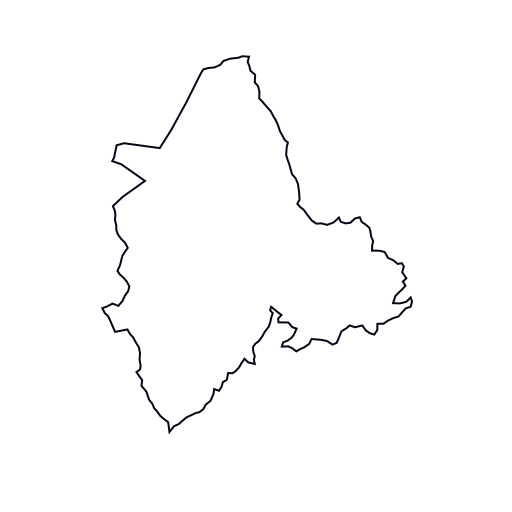 Pouso Redondo, Santa Catarina, Brazil (Mercator projection), rotated 284°
{"feature_id": "56859067B55889942630825", "entity_name": "Pouso Redondo", "entity_type": "district", "adm_level": 2, "iso_a3": "BRA", "parent_name": "Brazil", "parent_adm1": "Santa Catarina", "projection": "mercator", "projection_center": [-49.991, -27.303], "detail": "fine", "context": "isolated", "style": "outline", "palette": "ink", "viewbox_px": 512, "rotation_deg": 284, "n_neighbors": 0, "source": "geoboundaries", "source_scale": "gbopen_adm2", "svg_char_len": 2856}
<svg xmlns="http://www.w3.org/2000/svg" viewBox="0 0 512 512"><g transform="rotate(284 256 256)"><path d="M373.8,259.5L375.5,255.8L378.4,253.2L383.1,248.9L388.4,245.6L392.8,242.1L395.5,239.3L400.1,235.2L404.7,228.4L407.7,224.3L409.7,221.0L416.4,219.5L421.2,217.0L424.2,212.8L431.7,211.3L434.5,205.7L438.6,203.7L442.2,201.0L447.7,201.0L446.5,194.4L444.1,190.9L441.2,183.2L437.4,177.2L433.0,175.2L429.0,170.2L427.0,164.6L424.5,159.9L420.3,158.4L386.8,150.9L382.1,149.6L358.3,143.4L337.4,136.5L333.5,100.8L329.8,94.0L317.2,94.5L313.3,93.6L312.4,103.1L302.0,130.1L281.1,112.3L269.8,105.1L265.6,108.2L261.5,109.7L257.0,110.3L252.0,113.0L247.7,114.1L243.8,116.5L240.3,120.6L236.9,126.1L232.8,129.6L228.1,127.7L223.7,126.3L214.5,126.3L208.0,125.2L205.2,128.3L202.9,132.7L200.0,136.7L196.0,140.4L191.1,140.5L185.4,138.3L180.2,137.4L174.3,134.5L175.1,128.3L170.8,123.4L168.2,119.5L163.9,123.2L162.1,126.8L158.8,129.6L153.9,133.3L148.3,137.6L153.6,149.0L149.6,152.8L147.4,156.4L143.7,159.7L139.1,164.4L133.6,167.0L127.3,168.1L121.6,170.6L117.8,171.0L114.5,168.1L111.3,171.6L108.0,175.6L102.3,176.3L97.8,182.5L90.7,187.0L87.7,191.0L83.6,194.1L81.3,197.6L77.7,201.8L75.5,206.2L73.6,210.9L70.0,212.4L64.3,214.6L71.1,217.7L74.2,221.7L78.3,224.5L82.6,227.6L86.0,231.8L89.1,235.6L90.9,239.0L94.8,242.0L99.4,243.1L104.5,246.9L111.5,248.1L116.8,247.6L116.3,252.7L120.6,254.2L125.6,254.4L128.7,257.6L135.8,257.3L136.4,261.3L139.1,263.9L143.6,266.4L148.7,267.9L153.5,269.7L150.9,274.1L150.9,280.9L154.9,279.0L158.5,279.0L162.7,276.4L166.8,275.1L170.8,276.6L174.3,279.5L179.5,281.5L185.0,283.0L190.3,285.4L194.6,285.9L199.3,285.7L204.6,286.1L206.8,282.8L210.4,283.0L207.2,289.7L204.9,295.0L200.7,292.6L197.0,293.9L198.3,299.2L199.3,303.5L195.7,308.5L195.4,313.0L188.7,311.8L185.3,310.3L181.6,307.2L178.7,303.2L174.3,303.0L176.1,309.0L175.3,313.4L173.2,318.2L175.9,320.9L178.9,324.7L183.6,328.9L188.9,330.0L190.4,339.3L190.7,345.5L188.5,351.7L191.3,355.3L197.2,356.3L203.5,357.1L208.0,361.4L211.3,363.7L210.8,369.3L214.3,375.9L210.3,380.7L208.6,385.2L208.4,389.8L213.5,391.6L219.6,390.2L221.1,396.0L224.9,399.4L228.4,403.5L232.0,409.1L236.5,411.3L241.4,414.0L244.3,418.4L249.5,418.4L253.2,416.1L247.9,412.9L244.8,407.1L243.4,400.4L250.7,400.9L255.2,403.4L258.8,405.8L263.3,408.2L266.7,404.7L270.7,407.3L275.6,401.8L281.5,402.0L284.3,399.3L282.6,395.4L285.1,390.3L286.1,384.5L291.0,379.9L291.0,375.2L290.3,371.2L289.2,367.3L294.8,366.1L298.7,366.1L302.8,363.0L307.4,361.1L310.7,359.2L312.7,355.5L314.7,350.3L318.7,347.3L316.4,343.0L311.1,339.5L309.3,334.9L309.7,330.0L313.4,327.1L307.4,323.3L303.4,317.4L303.5,311.6L302.0,306.7L303.8,301.8L307.4,297.0L312.3,291.2L314.2,287.1L316.6,283.5L321.2,284.6L327.8,282.6L336.0,279.3L340.8,275.8L344.2,271.1L349.6,268.0L353.4,265.9L356.4,263.8L361.4,260.8L368.9,259.5L373.8,259.5Z" fill="none" stroke="#020617" stroke-width="2"/></g></svg>